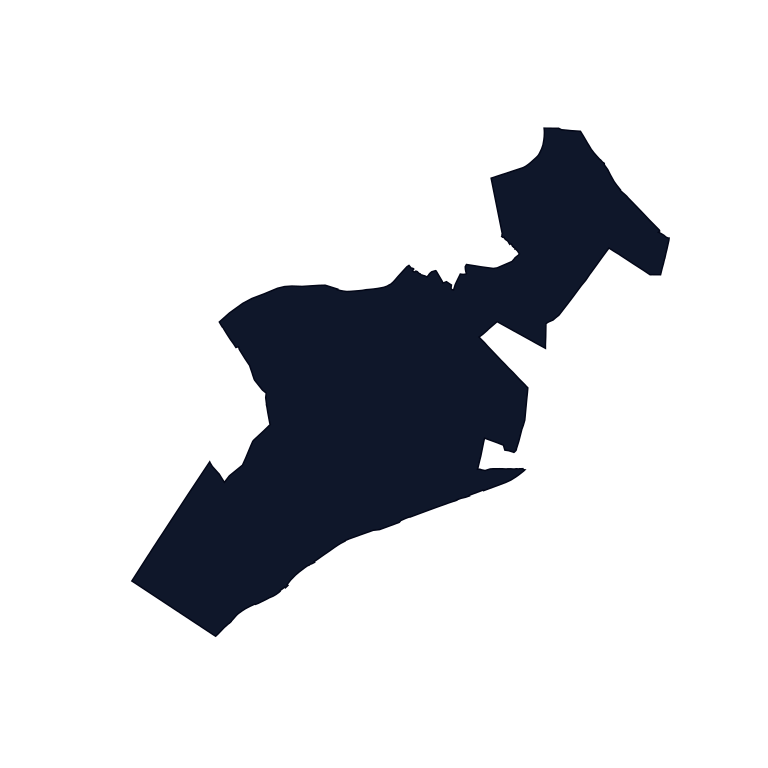 the district of Sērenes pag., Jaunjelgavas, Latvia, rotated 315°
{"feature_id": "27541924B63753357027447", "entity_name": "Sērenes pag.", "entity_type": "district", "adm_level": 2, "iso_a3": "LVA", "parent_name": "Latvia", "parent_adm1": "Jaunjelgavas", "projection": "orthographic", "projection_center": [25.194, 56.571], "detail": "fine", "context": "isolated", "style": "filled", "palette": "ink", "viewbox_px": 768, "rotation_deg": 315, "n_neighbors": 0, "source": "geoboundaries", "source_scale": "gbopen_adm2", "svg_char_len": 6054}
<svg xmlns="http://www.w3.org/2000/svg" viewBox="0 0 768 768"><g transform="rotate(315 384 384)"><path d="M672.3,322.3L669.7,324.4L665.4,327.4L661.7,329.2L657.5,330.7L655.4,331.3L653.8,331.5L651.7,331.5L647.9,331.3L644.1,331.1L641.3,330.8L638.4,330.3L636.6,329.8L635.2,329.3L605.3,314.2L574.0,361.2L574.1,361.3L572.9,361.9L572.2,362.7L571.6,362.8L571.6,363.9L572.1,364.8L572.7,365.3L572.4,365.6L572.3,366.5L572.1,366.8L572.2,367.5L572.2,368.6L572.5,369.4L572.5,370.4L572.6,370.9L572.4,371.4L572.0,372.7L571.7,374.2L572.8,374.4L573.0,374.9L572.9,375.8L572.4,377.1L572.3,377.6L572.7,378.4L572.3,378.9L572.5,379.6L572.7,380.3L572.3,380.9L572.1,381.1L572.5,381.3L572.5,384.4L571.7,387.8L571.3,387.9L570.7,387.9L569.9,387.9L568.5,387.7L566.6,387.5L565.9,387.4L565.1,387.6L561.2,387.9L546.1,381.9L543.0,379.6L535.5,369.8L532.5,365.6L526.8,357.8L524.4,358.5L522.8,360.3L522.0,361.4L521.5,362.1L521.1,362.8L520.8,363.4L520.5,364.1L520.3,364.0L519.4,364.1L519.2,363.9L517.5,362.5L516.4,361.2L516.2,360.9L515.7,360.2L514.6,360.6L509.3,362.4L504.8,364.0L499.7,366.7L498.8,365.5L498.9,363.8L501.7,361.7L501.2,359.5L500.5,355.8L497.1,354.4L497.8,352.5L500.8,340.9L500.6,340.3L497.1,338.4L495.1,338.2L493.4,338.3L493.4,338.6L491.6,338.6L490.1,338.7L489.9,338.3L489.7,337.5L489.5,336.9L489.2,336.2L488.3,334.7L488.1,334.1L487.8,333.8L487.6,333.4L487.4,332.7L487.4,332.3L487.5,331.7L487.0,330.7L486.9,329.1L487.0,328.7L486.9,328.5L487.0,328.2L486.9,327.8L486.7,327.3L486.5,327.0L486.0,326.5L485.4,326.7L485.0,326.5L484.8,326.3L484.3,325.5L484.1,324.7L484.0,324.4L484.4,324.0L484.8,324.0L485.3,323.9L486.0,323.9L486.4,323.5L486.2,322.8L486.1,322.5L485.2,321.3L485.5,317.8L483.1,317.3L478.3,317.5L470.1,317.9L465.0,318.3L462.7,318.4L461.0,318.3L459.4,318.2L457.4,317.5L455.6,317.1L452.4,315.6L450.3,314.2L447.4,312.2L443.7,309.4L440.9,307.1L438.2,304.8L434.8,302.4L432.0,300.1L428.6,297.2L425.8,294.8L423.0,292.2L420.9,289.5L419.0,286.7L417.7,284.2L418.3,284.1L412.3,272.6L407.8,268.3L395.1,257.1L388.1,249.6L382.6,244.8L376.4,241.0L363.0,235.5L351.0,230.1L341.1,227.1L325.1,224.5L311.4,223.7L310.2,228.3L310.2,228.6L310.0,229.3L310.3,229.4L309.4,232.7L308.1,238.2L306.8,244.3L306.0,249.4L305.1,253.5L307.3,254.6L307.5,254.9L306.1,257.3L303.7,267.6L302.7,272.6L302.1,275.8L300.5,279.0L298.4,283.3L297.7,284.5L296.1,287.8L295.7,288.5L295.2,290.0L293.8,302.3L294.3,307.1L293.5,307.8L290.7,310.0L286.9,314.9L286.2,315.5L285.4,316.8L285.3,317.0L281.4,322.4L275.5,331.0L275.0,332.2L265.9,332.1L252.9,331.6L251.7,331.6L250.5,331.8L245.9,333.6L234.0,338.5L226.6,341.3L226.4,341.3L209.7,339.6L201.6,340.7L201.7,340.1L202.3,337.5L202.7,335.7L203.8,331.0L203.8,330.0L204.3,320.9L205.3,316.8L205.7,315.8L167.1,323.6L120.9,333.3L114.9,334.5L109.4,335.7L105.4,336.5L97.3,338.3L97.1,338.4L96.6,338.4L66.4,345.0L67.2,348.7L86.1,441.1L86.6,443.3L89.8,443.4L98.8,443.2L105.0,443.6L105.3,443.8L108.1,443.9L108.5,443.7L116.3,443.2L118.6,443.3L123.0,444.0L127.2,444.9L132.0,446.4L137.1,448.3L137.2,448.9L140.1,450.2L149.9,453.5L151.4,453.9L155.6,455.6L158.6,456.4L162.2,457.0L163.9,457.1L163.9,456.5L170.1,457.4L170.1,458.4L173.7,458.5L173.7,457.3L179.4,456.6L186.1,456.5L191.1,456.9L197.8,457.8L201.8,458.5L202.6,459.1L205.0,459.4L205.4,459.9L208.8,461.0L208.9,460.2L216.4,461.5L220.4,462.2L229.2,463.8L233.4,464.5L237.5,465.3L240.5,466.0L245.3,467.5L245.4,467.1L249.5,468.7L259.7,473.5L272.9,479.8L277.9,483.8L285.0,487.1L297.0,492.6L299.3,492.4L304.3,494.3L308.7,496.3L308.5,496.6L317.7,500.8L325.3,504.3L333.1,507.9L345.6,513.8L353.2,517.6L353.3,517.3L357.5,519.2L361.5,521.7L365.4,523.6L365.7,523.0L378.9,529.0L378.9,529.8L400.3,539.6L405.7,541.6L411.4,542.9L414.3,543.4L417.2,543.8L421.6,544.3L422.9,544.3L422.4,543.7L422.2,543.4L422.1,543.1L422.1,542.8L421.7,541.6L421.8,541.6L421.4,541.2L420.8,540.7L420.1,539.9L419.0,539.1L418.7,538.8L418.4,538.4L418.2,538.1L417.5,537.4L416.6,536.7L416.3,536.5L415.1,535.3L413.5,533.4L411.2,531.2L410.3,530.5L408.6,528.6L408.2,528.1L406.8,526.7L405.7,525.5L403.2,523.1L400.9,520.8L399.7,519.8L399.1,519.2L394.3,516.7L392.3,513.7L391.6,512.2L390.8,511.3L389.8,510.4L391.3,509.6L396.8,506.2L401.5,503.4L413.4,495.5L416.7,493.4L416.8,493.4L416.9,493.5L418.1,496.1L421.9,504.2L425.2,511.7L422.7,516.2L425.0,519.3L427.4,523.9L427.5,524.2L428.0,524.3L430.3,524.3L431.3,523.9L432.0,523.2L432.1,523.3L438.8,519.8L444.9,516.2L449.6,513.4L453.1,511.8L458.0,509.1L470.3,498.9L474.4,495.5L479.7,491.2L483.0,488.4L483.0,486.1L483.0,485.5L483.1,484.9L483.1,479.8L483.1,477.8L483.1,475.7L483.2,472.7L483.4,467.1L483.3,460.6L483.5,455.3L483.5,450.1L483.6,447.2L483.8,439.2L484.0,430.4L484.3,426.0L484.3,420.8L484.4,418.0L489.0,418.7L495.4,419.1L496.2,419.0L508.1,419.9L512.7,435.9L513.3,438.1L515.4,445.2L517.6,452.9L518.3,455.3L520.3,462.4L523.4,472.9L526.1,470.2L531.6,465.1L541.1,455.9L543.5,456.2L543.8,456.4L544.1,456.4L548.8,458.3L551.9,458.5L556.5,459.0L565.7,457.8L570.4,457.2L579.9,455.9L588.5,454.6L593.3,453.9L599.9,453.3L607.6,451.8L608.6,451.7L619.4,450.0L627.3,448.7L639.2,446.9L640.4,452.5L641.7,457.8L641.9,458.3L641.9,458.6L642.1,459.8L643.2,465.1L643.4,466.0L645.3,475.2L645.8,477.5L646.6,481.2L647.9,487.2L649.4,494.9L650.9,496.3L656.8,502.3L662.4,498.9L666.8,496.4L670.5,494.1L671.4,493.7L675.3,491.2L676.9,490.2L679.1,488.9L687.1,483.8L688.8,482.4L688.5,482.1L688.1,481.6L687.9,481.2L687.6,480.4L687.3,479.6L687.2,478.7L687.2,478.3L687.1,477.2L687.1,476.8L686.7,475.2L686.5,474.3L686.1,472.8L685.6,471.1L685.4,470.7L687.1,470.8L687.5,469.9L687.6,455.5L687.9,445.3L688.0,439.9L688.0,439.5L688.1,434.1L688.2,425.2L688.4,422.9L688.2,418.6L688.1,418.1L688.1,417.7L688.0,415.5L688.0,414.8L688.2,413.8L688.5,413.8L688.6,412.7L689.1,408.2L689.8,403.8L690.0,403.0L692.0,396.0L693.8,390.6L694.3,387.6L694.7,385.0L695.8,383.7L695.4,381.6L695.6,378.5L695.5,378.4L695.4,377.6L695.6,373.3L695.9,368.9L696.5,364.5L697.3,361.4L697.9,359.0L698.2,357.5L698.6,356.1L699.9,351.2L701.6,344.2L695.3,337.0L692.7,333.8L689.3,329.7L688.3,326.6L687.2,325.6L678.1,316.3L676.7,318.0L675.0,319.8L672.3,322.3Z" fill="#0f172a" stroke="#020617" stroke-width="1.5"/></g></svg>